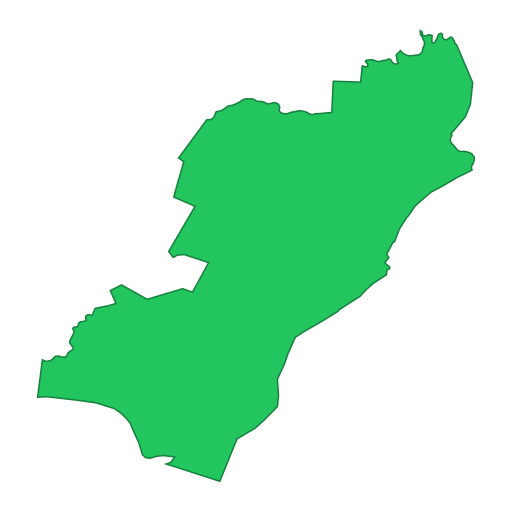 Zarand, Arad, Romania (Robinson projection)
{"feature_id": "2599482B32759719925344", "entity_name": "Zarand", "entity_type": "district", "adm_level": 2, "iso_a3": "ROU", "parent_name": "Romania", "parent_adm1": "Arad", "projection": "robinson", "projection_center": [21.64, 46.399], "detail": "fine", "context": "isolated", "style": "filled", "palette": "green", "viewbox_px": 512, "rotation_deg": 0, "n_neighbors": 0, "source": "geoboundaries", "source_scale": "gbopen_adm2", "svg_char_len": 4183}
<svg xmlns="http://www.w3.org/2000/svg" viewBox="0 0 512 512"><path d="M277.4,406.6L277.6,404.9L278.5,395.4L277.4,379.1L284.5,363.9L287.8,354.1L295.3,337.3L303.5,331.9L320.7,322.0L337.5,311.7L339.5,309.5L352.1,301.4L360.2,296.2L362.1,294.0L366.9,289.0L373.4,283.3L386.3,274.8L387.2,269.6L389.6,268.8L389.8,267.2L384.9,262.9L385.4,262.0L388.9,257.5L386.7,254.2L393.1,242.2L394.6,241.8L399.5,228.8L406.8,217.4L408.2,216.0L415.3,205.8L423.9,198.2L431.1,192.1L442.4,186.1L457.8,177.1L469.0,171.7L472.1,170.0L471.6,168.7L471.5,168.3L471.7,165.7L472.9,164.1L473.9,161.5L474.4,158.9L474.2,156.9L473.1,155.8L472.0,154.0L470.6,153.1L467.2,151.9L464.6,151.4L463.1,151.4L460.6,151.5L458.6,150.8L456.9,149.7L455.3,147.3L453.6,145.4L451.4,143.1L450.4,141.0L450.4,139.1L451.0,137.1L451.7,136.1L451.8,135.3L451.9,134.6L451.1,133.7L465.4,116.8L470.4,104.3L472.7,82.6L456.6,44.8L454.8,43.4L454.5,41.1L453.3,39.8L452.6,38.0L451.0,37.0L449.3,38.1L446.8,39.7L445.0,39.8L443.2,38.5L442.4,36.7L442.3,34.2L441.5,33.3L440.8,33.3L438.7,34.1L436.9,38.4L436.1,40.1L434.8,42.3L433.5,43.1L432.4,42.9L431.9,41.8L432.0,37.7L432.1,35.5L430.2,34.9L428.3,34.8L426.0,35.9L423.8,35.8L423.1,35.2L422.5,34.7L422.3,32.1L421.3,31.5L420.3,30.7L420.3,32.6L420.5,34.5L422.5,37.5L423.4,40.0L424.5,41.8L424.2,45.7L423.5,46.9L422.8,48.0L422.4,51.0L421.3,53.0L418.9,54.8L414.1,55.4L410.7,55.8L407.6,55.5L405.1,54.5L402.2,52.9L401.4,51.5L400.3,50.6L399.8,51.4L397.4,53.6L396.1,55.2L396.7,57.5L397.1,60.9L398.4,62.7L397.6,63.6L395.7,64.1L394.5,63.9L393.5,63.3L392.2,62.2L391.5,60.9L390.7,59.6L389.7,59.1L388.2,59.1L386.9,59.8L385.5,60.2L383.5,60.4L379.9,61.4L378.2,61.6L376.7,61.2L374.1,60.2L372.7,59.9L370.9,59.9L368.6,59.8L366.9,60.2L366.2,60.3L365.5,60.9L365.6,61.4L366.3,62.8L367.3,63.3L367.5,63.7L367.7,64.5L367.6,65.2L368.0,65.7L367.2,66.4L365.6,66.8L364.2,66.5L362.3,65.9L360.6,82.1L333.5,81.2L333.2,81.3L332.2,103.9L331.8,112.6L331.0,112.6L327.3,112.8L323.7,113.2L319.3,113.6L315.4,113.6L313.1,114.6L311.5,114.4L310.1,114.2L308.8,113.6L306.7,112.2L303.1,111.2L300.0,110.7L297.1,111.0L294.9,111.7L291.6,112.1L290.0,112.7L287.3,113.7L284.6,113.7L283.1,113.5L280.9,112.7L280.1,112.0L279.2,110.5L279.6,108.2L279.7,106.9L278.8,104.9L277.8,103.7L276.1,102.9L274.6,102.7L273.2,102.6L272.3,103.0L270.6,103.6L268.5,103.9L266.8,103.6L265.1,102.5L263.6,101.9L262.1,101.6L258.7,101.4L256.4,101.0L254.3,99.6L252.9,99.0L250.6,98.8L247.8,98.9L245.8,98.9L244.4,99.2L243.2,99.7L242.1,100.1L240.6,101.4L238.4,102.6L235.7,104.0L234.5,104.4L231.7,105.5L229.7,105.6L227.9,106.2L226.9,106.7L225.2,108.2L223.1,109.5L221.3,110.6L219.7,111.1L217.4,111.5L216.3,111.6L215.8,112.6L215.2,113.8L214.9,115.3L213.9,117.1L212.7,118.3L211.2,119.4L210.0,119.6L208.8,119.8L206.7,119.8L197.1,132.9L178.5,158.0L183.8,161.7L175.6,190.2L173.8,197.1L195.1,206.3L168.7,251.4L173.2,257.5L177.3,255.1L184.3,254.6L197.5,258.9L208.6,262.7L192.5,292.2L182.6,288.7L147.2,299.3L121.5,284.9L110.3,290.6L116.0,303.5L107.8,305.8L95.1,308.4L92.3,315.2L92.0,315.5L91.5,315.4L90.9,315.1L88.8,314.6L87.8,314.7L86.3,315.6L85.9,316.4L85.5,317.4L85.6,318.5L86.0,319.5L86.1,320.3L85.5,321.0L83.7,321.3L82.4,321.6L81.0,321.7L79.5,322.2L78.5,323.2L78.4,324.1L78.2,325.4L77.8,326.1L77.5,326.5L76.3,327.0L74.5,327.1L73.5,327.3L73.1,328.1L72.8,329.0L73.1,329.6L73.9,330.4L74.2,331.2L73.9,332.8L71.9,336.8L69.6,341.5L69.8,343.2L71.8,345.8L72.2,346.5L72.7,347.2L73.2,348.0L73.3,348.7L72.8,349.6L71.7,350.3L70.0,351.2L68.2,352.7L66.6,356.1L65.7,356.8L64.3,357.0L61.8,357.1L60.5,356.8L59.5,356.3L58.6,356.1L57.4,356.1L56.1,356.2L55.2,356.3L54.5,357.1L53.5,358.0L53.0,359.1L51.6,359.9L49.7,360.7L47.9,361.2L46.2,361.3L44.7,361.0L43.4,360.3L42.4,359.8L39.3,384.1L38.5,390.2L38.4,391.0L37.6,397.3L39.8,397.1L43.5,396.9L46.7,396.7L77.1,400.2L95.8,402.8L114.4,408.6L121.5,413.6L123.8,415.9L126.4,418.5L130.0,423.0L134.4,433.1L138.9,442.9L142.4,454.6L145.6,457.7L150.1,458.2L153.1,457.4L156.3,456.3L163.3,455.6L174.8,456.9L172.1,460.6L171.0,462.3L168.6,463.2L167.3,463.6L166.1,464.0L166.7,464.2L168.4,464.8L170.2,465.3L219.8,481.3L234.7,444.6L237.1,438.8L244.3,434.6L255.4,428.0L263.8,420.4L272.7,411.4L276.6,407.4L277.0,407.0L277.4,406.6Z" fill="#22c55e" stroke="#15803d" stroke-width="1.5"/></svg>